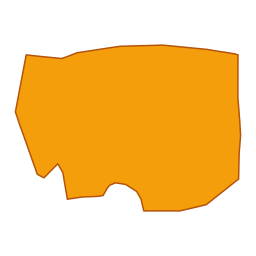 the district of Ad Du'ayn, Eastern Darfur, Sudan
{"feature_id": "16777658B96658977374271", "entity_name": "Ad Du'ayn", "entity_type": "district", "adm_level": 2, "iso_a3": "SDN", "parent_name": "Sudan", "parent_adm1": "Eastern Darfur", "projection": "mercator", "projection_center": [26.189, 11.412], "detail": "fine", "context": "isolated", "style": "filled", "palette": "amber", "viewbox_px": 256, "rotation_deg": 0, "n_neighbors": 0, "source": "geoboundaries", "source_scale": "gbopen_adm2", "svg_char_len": 784}
<svg xmlns="http://www.w3.org/2000/svg" viewBox="0 0 256 256"><path d="M239.1,155.8L239.2,152.9L240.6,135.6L239.7,120.3L237.9,97.7L237.9,86.9L238.0,54.8L234.9,53.9L234.4,53.8L222.0,51.8L220.3,51.6L206.9,49.4L162.7,45.1L161.9,45.1L149.4,45.5L133.4,45.9L119.9,46.3L116.6,46.8L116.3,46.8L103.1,48.8L78.8,52.5L77.2,52.7L69.3,55.8L61.8,58.5L43.0,56.7L26.2,54.9L15.5,111.3L15.4,112.0L17.5,118.0L18.7,122.0L23.6,135.5L37.3,174.3L43.0,177.3L44.0,177.8L57.8,163.8L62.9,172.7L63.6,176.9L64.0,179.5L64.1,180.2L67.4,199.2L82.0,197.0L95.2,196.5L100.2,196.1L103.2,195.4L106.6,189.2L109.4,185.4L115.0,183.0L115.3,182.8L125.6,184.4L136.6,191.4L141.0,199.1L143.8,210.9L170.3,210.9L178.6,210.9L179.9,210.9L206.2,204.7L238.6,179.0L239.1,155.8Z" fill="#f59e0b" stroke="#b45309" stroke-width="1.5"/></svg>